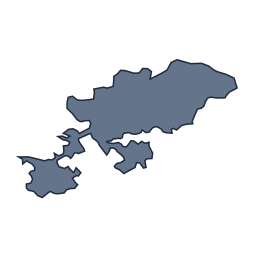 the district of Muan-gun, South Jeolla, South Korea, rotated 268°
{"feature_id": "91817680B20286966250971", "entity_name": "Muan-gun", "entity_type": "district", "adm_level": 2, "iso_a3": "KOR", "parent_name": "South Korea", "parent_adm1": "South Jeolla", "projection": "equal_earth", "projection_center": [126.385, 34.959], "detail": "fine", "context": "isolated", "style": "filled", "palette": "slate", "viewbox_px": 256, "rotation_deg": 268, "n_neighbors": 0, "source": "geoboundaries", "source_scale": "gbopen_adm2", "svg_char_len": 2705}
<svg xmlns="http://www.w3.org/2000/svg" viewBox="0 0 256 256"><g transform="rotate(268 128 128)"><path d="M185.9,122.6L182.1,118.9L180.1,115.6L177.6,115.6L170.1,114.6L168.6,108.6L169.6,104.9L168.1,95.2L164.7,95.7L158.2,94.6L157.7,90.3L157.2,83.8L157.7,78.4L161.7,73.6L160.7,69.3L156.7,68.2L149.8,67.7L143.7,73.5L138.6,77.0L136.5,79.6L135.9,81.9L136.8,85.4L136.8,89.7L133.6,90.9L129.1,89.3L126.4,83.5L124.3,79.3L127.0,77.0L129.1,73.2L128.8,68.6L124.9,63.1L121.9,69.6L120.2,66.4L122.2,62.2L121.9,57.7L118.4,62.8L117.5,66.7L115.7,69.3L112.7,67.7L112.4,62.8L107.3,63.1L104.4,62.5L102.6,57.7L105.3,53.5L101.1,54.4L98.7,50.9L99.3,47.6L98.1,43.4L99.9,37.3L102.6,27.6L102.9,17.6L100.5,21.5L95.7,21.5L98.7,25.4L95.1,31.2L91.9,33.4L88.9,33.1L88.0,29.2L86.2,27.6L82.9,29.9L79.9,30.8L76.4,28.9L75.5,24.4L71.6,24.4L69.2,26.3L68.0,31.5L63.6,35.4L61.5,39.9L65.9,45.7L67.4,48.0L65.3,51.8L64.7,55.4L65.3,61.9L68.3,64.4L69.5,68.3L69.5,72.5L72.8,75.5L73.1,75.7L74.9,73.8L79.9,70.6L82.3,75.1L81.7,76.7L85.0,79.3L90.1,74.8L85.3,72.2L88.0,69.3L91.6,66.7L89.8,63.1L91.6,58.0L95.1,56.0L98.1,56.0L101.4,61.9L102.6,65.1L101.7,67.7L99.6,69.6L102.0,71.9L104.4,73.2L105.3,75.1L104.1,77.4L106.4,83.8L108.8,83.2L114.8,79.3L117.2,78.3L119.0,78.0L123.4,88.7L123.7,90.6L119.3,92.2L116.0,96.4L114.5,97.7L111.8,98.7L101.7,105.8L105.8,108.7L108.5,109.4L108.5,113.0L106.7,115.2L104.7,116.5L101.4,120.4L98.7,122.7L96.0,123.3L93.6,119.4L93.0,115.5L90.1,113.0L88.6,113.9L86.5,118.1L84.4,120.4L82.6,122.3L86.5,129.8L88.3,133.7L93.0,135.3L92.7,138.5L87.4,142.1L88.0,144.7L92.4,144.0L94.8,143.7L96.6,146.0L96.6,150.8L102.0,151.8L107.3,149.2L109.4,148.3L113.0,148.6L112.1,144.4L114.2,141.1L111.5,137.6L114.8,133.4L115.1,130.4L112.4,128.5L109.4,125.9L109.4,122.7L112.4,120.4L113.9,117.8L113.0,113.0L113.6,108.7L114.8,106.2L115.8,107.5L115.4,110.2L116.5,111.6L117.5,112.7L117.8,116.0L118.1,117.9L117.6,120.0L118.5,122.0L121.7,122.7L122.7,123.3L123.3,127.3L123.3,129.4L122.2,130.9L121.8,132.9L121.5,134.8L122.0,137.7L122.3,139.1L123.4,141.1L125.6,141.9L124.5,143.5L123.5,144.6L122.7,146.0L123.3,149.2L125.4,150.9L126.6,151.9L127.5,152.9L128.4,155.2L127.9,157.7L125.8,161.2L123.1,162.8L121.9,166.1L121.3,171.9L124.9,171.3L126.1,173.2L124.3,176.5L127.0,179.7L128.8,182.0L129.7,186.5L130.0,192.9L132.1,192.3L138.2,195.0L144.5,198.1L145.2,202.0L147.4,204.7L151.2,206.1L155.0,208.5L156.0,211.7L155.0,217.2L154.8,222.2L154.8,226.2L155.8,226.5L160.2,230.3L164.2,238.4L174.2,235.7L178.1,228.1L181.1,219.4L183.1,215.6L187.1,210.8L190.1,203.7L190.1,192.9L194.5,179.4L192.0,173.4L184.6,169.1L181.1,162.6L176.1,151.8L183.6,153.4L186.6,149.7L187.0,144.8L182.6,141.0L182.6,135.6L185.5,127.0L185.9,122.6Z" fill="#64748b" stroke="#1e293b" stroke-width="1.5"/></g></svg>